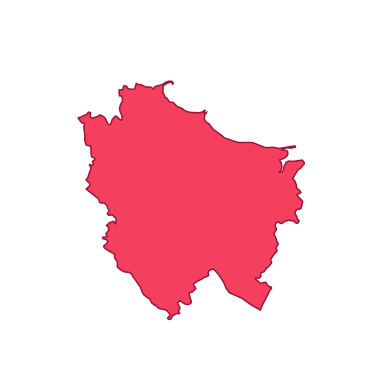 the Region of Zaporizhzhya, rotated 226°
{"feature_id": "UKR-331", "entity_name": "Zaporizhzhya", "entity_type": "Region", "adm_level": 1, "iso_a3": "UKR", "parent_name": "Ukraine", "parent_adm1": "", "projection": "equal_earth", "projection_center": [35.703, 47.193], "detail": "fine", "context": "isolated", "style": "filled", "palette": "rose", "viewbox_px": 384, "rotation_deg": 226, "n_neighbors": 0, "source": "natural_earth", "source_scale": "10m", "svg_char_len": 6037}
<svg xmlns="http://www.w3.org/2000/svg" viewBox="0 0 384 384"><g transform="rotate(226 192 192)"><path d="M208.7,252.8L197.2,258.6L194.6,260.5L187.5,268.0L184.6,270.3L174.1,275.0L172.5,276.1L171.1,277.5L168.4,280.9L167.0,282.1L163.9,284.0L162.6,285.2L153.7,298.1L152.4,297.5L154.7,293.8L158.0,290.8L159.2,288.9L159.6,286.0L156.5,288.7L154.8,288.8L152.6,287.2L151.8,284.6L152.4,281.6L154.2,277.3L153.5,276.9L151.2,276.6L148.0,274.4L146.8,272.9L145.9,270.8L145.7,268.7L143.8,270.9L144.4,273.2L146.0,275.3L146.9,277.0L147.1,278.4L147.6,279.3L147.9,280.2L147.5,282.0L146.8,283.3L143.8,286.0L138.2,293.6L135.1,293.0L134.2,292.3L134.2,289.8L133.7,287.5L133.7,286.3L134.3,284.5L134.3,283.4L132.1,275.1L131.6,274.2L131.1,273.7L128.6,273.6L127.6,273.4L126.3,272.5L125.5,272.4L124.3,271.8L122.3,270.1L117.7,270.4L116.1,270.1L116.1,268.3L116.2,268.0L117.1,267.1L117.2,266.7L117.2,266.0L116.5,265.4L112.3,265.1L109.3,265.2L108.0,264.8L107.3,263.3L105.2,260.3L104.5,258.9L104.8,257.6L106.4,255.8L106.6,254.9L106.4,253.8L105.5,251.7L104.5,250.9L102.5,250.6L101.2,250.2L99.7,249.1L99.2,249.0L97.8,249.3L96.9,249.0L96.6,248.6L96.2,247.0L96.3,246.2L96.5,245.8L97.5,245.2L101.2,244.8L102.5,243.2L104.3,242.3L104.7,241.6L105.5,239.8L106.5,238.5L106.7,235.5L106.9,234.7L107.5,234.2L111.0,232.9L111.2,232.4L111.2,231.5L110.8,229.7L110.2,228.4L109.5,227.9L107.5,227.5L106.5,226.7L106.3,226.3L105.3,222.6L104.7,221.6L100.1,220.2L97.5,218.6L95.3,218.2L94.7,217.9L94.3,217.2L93.8,214.4L93.3,213.5L91.0,212.7L90.5,212.0L90.3,211.2L90.2,207.3L88.9,202.0L88.6,201.5L88.1,201.2L86.2,200.4L85.7,199.6L85.3,197.2L85.1,195.1L85.4,192.4L84.7,188.9L84.7,188.1L85.0,187.4L85.6,186.7L85.8,185.3L85.5,184.5L83.6,183.2L83.3,182.3L83.4,180.9L83.7,180.0L84.2,179.4L85.8,178.8L86.2,178.0L86.0,177.7L85.2,177.3L79.2,177.8L78.4,178.1L78.1,178.4L77.5,180.0L76.7,181.0L76.4,181.9L75.7,182.3L74.8,182.3L72.6,181.5L71.4,181.6L69.2,182.7L68.3,182.7L67.7,182.5L67.3,181.7L67.3,180.0L67.0,179.1L66.2,177.2L61.9,164.4L59.6,159.1L69.8,156.1L80.9,154.1L93.0,149.1L94.0,149.0L98.4,149.5L105.8,152.3L114.8,153.8L120.6,154.1L121.7,153.7L122.2,153.2L122.8,152.0L123.4,149.6L123.4,148.7L123.0,148.0L122.5,147.5L120.5,146.1L120.4,145.3L121.9,142.0L123.1,136.8L123.8,135.0L124.8,129.8L124.7,129.0L124.0,128.5L120.3,127.9L119.7,127.4L120.0,125.1L119.7,123.6L120.1,122.4L121.1,120.6L121.3,119.9L121.1,119.5L120.5,119.0L113.8,115.4L113.2,114.9L112.9,114.2L112.9,113.4L113.1,112.3L113.4,111.5L113.9,110.9L116.8,108.9L120.7,108.2L121.6,107.8L122.3,106.9L122.4,105.9L122.2,104.8L121.7,104.2L118.1,103.3L116.9,102.6L116.3,101.7L116.2,100.3L115.9,99.7L115.6,99.5L113.8,99.3L113.6,99.1L113.5,98.2L113.7,97.6L115.3,96.6L115.8,95.8L116.0,93.1L116.4,91.8L115.4,88.9L115.5,88.3L115.9,87.3L116.8,86.7L117.8,86.7L118.4,87.1L118.4,88.8L118.7,90.3L119.0,91.0L119.3,91.3L124.8,91.4L127.1,90.1L129.9,88.1L132.3,87.1L134.0,87.2L135.5,87.0L136.8,86.4L140.1,86.0L141.0,86.1L143.4,87.0L144.2,87.1L151.2,85.9L153.8,86.4L159.5,88.8L173.2,90.9L174.7,91.6L176.1,91.4L177.5,91.0L178.4,90.5L180.4,88.7L182.6,87.4L186.2,86.5L188.6,86.2L189.7,86.3L190.6,86.7L193.0,89.3L193.7,89.7L198.4,90.6L199.1,91.1L200.4,93.0L202.1,92.9L206.9,91.3L212.1,90.2L214.0,90.5L214.5,91.0L214.6,91.4L214.1,94.2L214.7,95.6L214.7,96.9L214.9,97.2L215.3,97.5L216.8,97.4L220.0,95.7L221.0,95.6L221.3,96.3L221.2,96.7L220.8,97.4L219.1,99.2L219.0,100.0L219.5,100.4L221.2,100.7L221.8,101.2L222.3,103.9L222.2,105.6L222.3,105.9L223.5,106.3L224.1,107.0L224.7,107.4L227.4,107.3L227.1,109.2L227.4,110.6L225.8,114.7L225.3,115.2L224.8,115.4L224.4,115.3L223.4,114.5L222.7,114.4L222.5,114.6L222.4,115.0L222.5,115.8L223.7,116.8L224.0,117.8L225.3,118.4L225.8,118.9L226.5,119.0L230.5,118.7L231.2,118.5L232.3,116.8L233.0,116.1L234.1,115.8L235.0,115.9L235.4,116.4L236.0,119.5L236.8,119.8L239.2,120.1L240.6,121.1L242.2,121.4L245.0,121.2L245.6,120.9L246.6,119.5L247.5,118.8L248.8,118.4L250.0,118.8L250.8,119.6L251.5,120.0L267.6,117.9L267.7,122.6L268.3,123.9L270.2,124.4L273.5,124.1L274.0,124.1L274.3,124.3L274.5,124.6L274.8,127.0L275.1,127.7L277.6,132.4L278.8,135.2L279.9,136.3L282.7,137.0L282.8,137.3L282.8,137.6L280.9,138.3L280.3,138.9L280.4,139.9L280.9,140.9L282.9,141.3L283.1,141.6L283.2,142.0L282.8,144.1L282.9,144.9L283.1,145.2L283.6,145.4L284.4,145.3L287.1,144.3L289.6,145.9L293.1,149.2L295.6,151.0L298.8,148.7L300.0,148.8L303.8,150.8L304.5,151.4L306.8,154.0L313.7,159.2L315.7,161.8L316.3,162.2L316.8,162.3L317.1,162.1L317.6,161.1L318.3,160.8L324.2,161.4L324.4,161.8L324.3,162.1L322.7,164.7L322.5,165.5L322.5,167.0L321.6,168.5L321.1,169.8L321.0,170.7L321.4,172.6L321.3,173.0L321.1,173.3L319.5,174.1L318.2,172.4L317.4,171.5L316.1,171.1L315.1,171.2L314.4,171.6L313.9,172.2L313.0,174.4L311.9,176.3L311.6,177.2L311.7,178.4L311.5,179.2L310.9,179.7L307.7,180.7L305.8,180.8L304.2,180.6L303.2,180.3L302.2,179.6L300.5,179.3L299.6,178.7L298.8,178.8L298.1,179.1L297.5,180.0L297.6,181.1L299.6,185.2L300.0,188.8L299.8,189.6L299.2,190.1L298.4,190.3L293.3,190.7L292.6,191.3L292.8,192.0L293.3,192.6L295.5,194.5L300.0,196.3L302.0,197.4L303.8,200.0L304.5,201.2L305.6,204.6L306.3,205.8L309.7,208.2L310.0,208.1L311.0,206.9L311.6,206.7L315.8,210.1L316.0,210.6L315.9,211.0L314.7,212.0L313.6,213.3L315.5,216.0L315.6,216.7L315.5,217.2L313.5,218.4L312.6,218.2L311.4,217.7L310.5,217.9L307.1,220.6L306.3,221.6L306.2,222.1L306.3,222.9L308.8,227.3L308.0,227.4L307.1,227.9L304.2,230.0L303.2,230.5L300.1,231.5L295.5,235.5L292.7,235.9L293.5,238.6L292.3,241.2L290.6,243.7L289.7,246.5L289.1,249.6L287.5,252.7L285.3,254.5L283.1,254.0L283.1,253.1L283.7,253.1L285.5,253.8L287.2,250.6L288.2,246.6L288.2,244.6L287.5,244.0L284.3,240.7L282.9,240.0L280.0,239.1L278.8,238.3L277.3,239.1L275.7,239.0L273.3,238.3L271.8,238.6L270.1,240.3L269.4,240.7L263.6,240.7L260.0,242.6L255.5,243.4L252.7,244.6L250.1,246.4L244.2,252.0L242.5,254.6L242.0,257.9L241.3,257.9L241.4,256.2L241.0,255.8L239.3,256.6L239.1,257.5L238.7,256.5L238.9,256.0L239.0,254.7L237.8,254.0L236.5,252.1L235.9,251.6L234.1,250.9L232.6,250.9L229.3,251.6L222.9,250.8L210.8,252.8L208.7,252.8Z" fill="#f43f5e" stroke="#9f1239" stroke-width="1.5"/></g></svg>